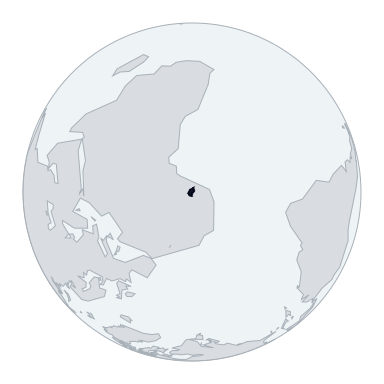 globe centered on Zanzan, rotated 215°
{"feature_id": "CIV-3449", "entity_name": "Zanzan", "entity_type": "Region", "adm_level": 1, "iso_a3": "CIV", "parent_name": "Ivory Coast", "parent_adm1": "", "projection": "orthographic", "projection_center": [-3.572, 8.502], "detail": "fine", "context": "on_globe", "style": "filled", "palette": "ink", "viewbox_px": 384, "rotation_deg": 215, "n_neighbors": 0, "source": "natural_earth", "source_scale": "10m", "svg_char_len": 9766}
<svg xmlns="http://www.w3.org/2000/svg" viewBox="0 0 384 384"><g transform="rotate(215 192 192)"><circle cx="192" cy="192" r="169" fill="#eef3f6" stroke="#a8b0b8"/><path d="M136.1,32.5L129.3,35.2L132.5,34.1L128.3,36.2L130.4,35.8L126.8,37.4L131.6,35.8L134.5,34.5L137.6,33.4L139.1,33.2L134.8,35.1L133.4,35.5L132.9,35.9L130.1,37.0L132.3,36.4L126.9,39.0L134.5,36.3L132.0,38.3L127.8,40.1L125.4,40.0L109.8,45.8L104.9,48.6L100.2,52.0L97.3,57.7L93.0,61.0L89.1,65.4L92.8,63.2L97.1,59.1L102.9,56.6L107.5,52.4L110.5,51.0L116.4,47.1L118.4,47.8L117.3,50.7L112.6,54.1L112.0,55.7L118.9,52.8L112.4,60.2L112.2,67.2L110.2,69.5L101.9,72.4L95.8,70.9L85.2,76.7L95.1,73.2L89.9,79.7L90.3,81.1L92.3,81.3L95.4,79.1L94.3,81.6L84.1,85.4L85.0,83.2L88.2,81.8L85.3,81.4L78.4,84.9L76.3,88.5L68.0,91.7L66.4,94.4L63.8,97.0L66.8,92.2L61.1,101.1L51.1,109.4L43.2,126.0L47.7,112.3L47.4,110.1L46.3,109.5L44.8,112.2L45.3,109.1L42.3,113.7L39.5,119.3L45.1,108.6L51.4,98.3L58.5,88.4L66.3,79.1L74.7,70.4L83.7,62.3L93.3,54.9L103.4,48.2L113.9,42.2L124.9,37.0L136.1,32.5ZM33.9,132.3L32.2,137.1L32.2,138.8L34.5,133.5L35.9,133.3L30.0,148.2L31.6,152.2L28.6,164.0L28.4,170.7L30.4,170.1L32.0,174.0L34.9,167.7L38.8,165.1L37.2,174.8L40.7,166.6L41.9,171.9L50.7,173.8L49.6,175.9L56.8,189.4L67.3,196.5L69.7,204.2L68.2,208.3L72.4,210.3L72.5,213.3L91.8,220.5L103.7,229.1L104.7,239.2L97.4,249.7L96.9,272.8L85.4,278.6L86.6,287.6L84.8,299.6L77.3,297.2L83.8,304.3L83.2,307.5L79.5,306.9L82.5,311.3L80.0,310.7L84.4,314.3L85.9,319.0L92.1,324.2L94.6,327.9L98.8,330.9L97.7,330.4L98.0,331.1L99.9,332.6L94.0,329.0L85.9,322.6L83.2,319.8L81.6,318.8L75.4,311.2L75.8,312.4L65.4,299.7L59.9,289.5L46.1,257.8L42.6,250.8L36.2,241.6L27.9,215.2L28.1,205.7L27.2,200.5L30.3,187.8L30.8,174.4L30.1,172.0L28.5,176.4L27.2,166.6L28.5,156.1L29.9,144.5L33.9,132.3ZM40.5,131.6L42.5,141.8L39.1,141.6L40.2,140.4L40.2,136.4L39.3,132.4L37.0,133.1L40.5,131.6ZM46.6,123.3L46.0,122.3L46.9,122.6L46.6,123.3ZM114.8,47.1L115.5,47.1L114.1,47.8L114.8,47.1ZM116.6,45.5L114.4,46.4L114.9,45.8L116.3,45.3L116.6,45.5ZM119.3,44.7L116.2,44.6L117.2,43.6L123.2,41.0L119.3,44.7ZM134.8,34.1L131.8,35.6L132.9,34.6L134.8,34.1ZM134.8,33.8L133.8,33.4L139.0,31.6L138.3,31.9L143.9,30.0L146.9,29.3L144.5,30.2L140.5,31.4L144.7,30.3L134.8,33.8ZM138.9,33.0L138.3,32.9L142.7,31.2L144.9,31.1L142.7,31.6L138.9,33.0ZM150.8,28.1L151.0,28.1L152.9,27.6L147.4,29.1L145.1,29.7L150.8,28.1ZM142.5,31.9L145.8,31.2L145.1,31.9L139.9,33.0L142.5,31.9ZM143.0,30.9L145.2,30.2L144.7,30.5L143.0,30.9ZM144.4,34.5L143.5,34.1L145.7,33.2L144.4,34.5ZM147.1,30.8L147.3,30.6L148.1,30.3L150.1,30.0L147.1,30.8ZM150.2,28.5L150.9,28.5L152.7,27.8L155.3,27.4L151.2,28.6L154.1,27.9L154.9,27.7L150.6,28.9L150.2,28.5ZM154.5,28.8L150.1,30.6L151.3,31.4L149.3,32.2L147.8,30.8L154.5,28.8ZM152.6,28.7L153.3,28.9L150.5,29.6L148.2,30.0L152.6,28.7ZM158.6,26.7L155.6,27.1L156.6,26.8L158.6,26.7ZM155.4,28.8L156.4,28.4L155.8,28.8L155.4,28.8ZM158.3,27.1L157.1,27.2L158.3,26.9L158.3,27.1ZM159.5,27.6L158.1,28.1L156.5,28.3L159.5,27.6ZM159.4,27.2L161.3,26.8L156.8,28.0L158.7,27.3L159.4,27.2ZM159.6,26.8L159.9,26.7L159.9,26.8L159.6,26.8ZM166.3,26.9L161.0,28.4L157.5,28.7L163.2,27.1L166.3,26.9ZM105.8,336.0L95.4,330.1L100.4,332.9L99.0,331.2L106.2,335.3L105.8,336.0ZM103.8,331.7L105.1,331.0L106.8,332.0L106.3,332.6L103.8,331.7ZM348.0,127.0L349.2,130.5L353.6,148.8L357.1,164.8L357.3,172.7L350.3,151.3L344.8,136.7L343.8,138.9L335.3,128.0L325.1,130.3L322.3,126.9L320.7,129.2L314.5,126.5L309.7,120.9L306.6,122.0L319.0,136.9L322.2,135.9L323.0,128.9L326.0,134.6L331.7,138.9L330.1,154.8L312.7,172.0L308.8,160.3L284.2,130.7L283.7,127.1L283.5,126.7L283.1,126.0L283.1,132.0L278.1,126.4L293.6,147.0L297.2,156.5L312.5,172.8L311.6,174.9L315.8,178.1L326.8,171.3L327.4,175.4L323.5,195.3L306.4,223.9L307.4,240.9L304.1,255.7L290.7,267.0L289.1,278.0L281.8,282.7L279.5,289.0L272.1,296.2L260.7,303.4L244.3,304.9L245.4,299.5L240.4,289.2L234.5,263.0L240.9,250.2L240.3,240.5L228.2,219.6L231.0,207.3L227.2,202.4L219.7,204.2L215.1,198.3L210.3,198.5L179.1,204.1L168.3,196.6L152.3,172.9L157.0,163.2L155.7,152.3L186.4,114.6L195.4,116.2L222.4,110.0L226.2,111.0L225.8,119.2L248.2,127.7L252.2,120.4L269.9,124.3L279.9,123.0L278.6,107.7L262.2,109.4L256.7,102.5L267.7,94.9L281.6,94.4L279.9,91.8L268.9,86.8L269.7,81.7L264.8,84.7L268.5,87.1L265.5,89.3L261.9,87.4L262.3,85.5L257.5,84.8L256.5,94.7L260.2,98.2L248.9,101.1L254.0,107.4L251.7,110.9L242.3,101.6L241.5,97.9L225.9,89.0L225.8,93.0L240.5,101.9L236.9,101.4L236.8,107.7L234.1,102.6L218.1,92.6L206.3,96.0L195.4,112.2L187.7,114.1L179.5,111.6L179.5,96.1L196.6,93.8L196.9,89.1L190.0,83.0L195.8,83.1L195.1,80.5L201.3,79.7L206.6,73.2L212.4,72.2L211.3,64.9L214.1,63.6L213.9,68.1L216.9,71.0L230.8,69.4L232.5,67.7L230.7,63.4L234.7,63.9L231.2,59.9L237.6,57.7L226.8,57.3L224.3,53.1L226.4,49.6L223.7,48.3L220.3,54.1L220.6,56.6L224.1,58.7L223.4,66.4L219.3,68.1L212.7,60.4L206.1,62.2L203.8,56.1L214.5,43.1L220.7,40.7L237.5,44.5L237.9,46.9L232.1,46.5L240.4,50.4L238.4,48.3L241.7,49.0L240.2,45.8L242.5,46.1L237.2,42.7L239.8,42.8L243.2,44.9L243.3,41.0L248.0,40.9L246.9,39.9L244.4,38.9L252.0,39.8L250.8,39.1L247.9,38.5L243.7,36.7L239.3,34.2L242.1,34.7L244.1,35.6L252.6,38.7L257.5,41.6L258.2,41.6L254.7,39.2L244.3,35.4L240.8,33.8L245.7,35.3L243.7,34.6L242.8,34.0L244.7,34.0L239.3,32.4L226.3,27.1L228.6,27.1L234.4,28.6L231.5,27.7L243.3,31.0L254.8,35.1L265.9,40.1L276.7,45.8L287.1,52.3L296.9,59.6L306.2,67.5L314.9,76.0L322.9,85.2L330.3,95.0L337.0,105.2L342.9,115.9L348.0,127.0ZM178.8,133.2L178.7,136.4L178.7,136.5L178.8,133.2ZM298.6,102.1L305.5,101.7L298.5,93.1L300.6,92.4L297.4,89.9L298.0,92.5L289.7,85.9L291.3,83.0L288.5,79.5L286.0,79.5L284.5,86.0L296.3,95.2L296.3,99.1L298.6,102.1ZM51.1,173.8L51.9,175.9L50.4,175.6L51.1,173.8ZM37.4,145.4L38.4,146.1L38.5,147.8L37.6,147.9L37.4,145.4ZM48.6,149.5L50.3,150.9L48.0,151.1L48.6,149.5ZM43.1,143.3L47.2,148.8L42.9,150.5L40.5,147.2L42.8,147.1L43.1,143.3ZM43.7,128.4L44.0,129.4L43.1,131.0L43.7,128.4ZM47.2,123.6L46.9,123.6L47.2,122.1L47.2,123.6ZM90.5,79.5L91.3,79.3L92.8,79.9L91.0,80.7L90.5,79.5ZM106.0,77.4L103.8,81.6L104.1,78.9L101.2,80.6L98.3,77.4L109.0,70.5L104.7,74.0L106.0,77.4ZM97.3,72.0L98.0,74.3L96.8,72.0L97.3,72.0ZM185.3,69.1L188.4,70.3L187.6,73.2L180.3,76.0L181.4,71.7L185.3,69.1ZM193.1,71.5L188.5,63.9L192.9,62.3L191.2,64.4L194.5,64.1L192.7,67.5L201.4,74.1L201.2,77.2L187.8,79.7L192.3,76.9L188.9,75.7L193.1,71.5ZM169.2,51.5L167.3,49.5L179.2,48.6L179.6,50.7L172.4,53.2L167.6,52.2L169.2,51.5ZM130.5,40.7L129.0,40.8L130.2,40.2L132.4,39.6L130.5,40.7ZM143.8,34.4L138.3,39.8L136.3,40.1L135.5,43.5L129.9,45.8L130.6,43.4L125.8,48.0L124.1,46.8L121.4,50.0L123.6,44.4L121.9,43.9L125.9,43.5L131.1,41.3L132.8,40.2L136.5,36.9L135.6,35.3L140.5,33.3L144.3,32.4L145.3,32.5L141.8,33.6L145.6,32.9L141.3,34.7L143.8,34.4ZM185.6,29.3L181.1,29.4L188.2,30.6L183.8,31.4L184.9,31.5L182.8,32.8L182.2,34.6L179.9,34.9L180.6,35.6L179.3,36.6L179.5,37.6L175.4,38.7L175.4,40.1L173.4,39.8L174.5,42.2L171.9,41.0L169.9,42.5L173.5,42.9L150.5,48.4L142.9,52.4L138.1,56.7L134.1,54.7L136.2,49.7L141.5,44.1L149.4,40.9L146.2,40.8L149.0,39.4L150.4,40.0L149.9,38.2L152.6,37.2L157.4,33.8L155.1,32.4L156.8,31.3L159.0,31.4L159.2,30.3L164.5,29.9L165.8,29.2L172.4,28.4L175.9,29.4L177.2,28.6L182.2,28.3L185.6,29.3ZM168.2,26.7L173.4,27.1L173.6,28.0L162.0,29.1L160.1,29.8L152.7,31.1L152.6,29.9L154.7,29.6L156.7,29.1L156.0,29.6L158.1,28.8L161.1,28.5L163.6,27.8L164.6,28.0L168.2,26.7ZM229.0,107.7L231.6,107.8L235.4,107.1L235.4,111.3L229.0,107.7ZM217.9,101.0L220.1,100.2L222.0,105.3L219.2,105.4L217.9,101.0ZM219.7,95.8L220.1,99.8L218.2,97.7L219.7,95.8ZM215.8,67.4L217.9,66.7L218.7,67.6L218.3,69.3L215.8,67.4ZM205.6,34.6L203.0,34.1L203.2,33.7L199.4,32.0L202.3,31.5L205.7,32.3L205.6,34.6ZM276.8,110.5L274.9,113.7L272.9,112.5L274.0,111.6L276.8,110.5ZM254.9,112.5L260.6,113.9L254.8,113.6L254.9,112.5ZM208.1,33.8L206.2,33.0L208.9,33.3L208.1,33.8ZM204.2,31.0L207.0,31.1L202.2,31.2L204.2,31.0ZM298.5,322.4L296.9,324.0L296.0,324.5L298.5,322.4ZM324.0,250.0L310.5,276.8L305.1,277.9L306.2,270.6L312.6,254.7L319.6,249.2L323.6,241.6L324.0,250.0ZM357.5,166.2L359.3,175.2L359.1,177.3L357.5,166.2ZM230.2,31.6L232.4,34.3L235.9,36.6L240.8,38.3L234.7,37.5L229.4,33.8L230.2,31.6ZM226.4,27.4L222.1,26.5L223.3,26.5L224.4,26.7L226.4,27.4ZM224.3,27.1L220.2,26.9L217.3,26.2L221.1,26.5L224.3,27.1ZM214.4,29.4L214.8,30.1L212.7,29.9L214.4,29.4Z" fill="#d9dde1" stroke="#a8b0b8" stroke-width="1"/><path d="M194.6,189.1L194.6,189.3L194.6,189.5L194.7,189.8L194.4,190.0L194.4,190.3L194.5,190.4L194.7,190.5L194.8,190.7L194.8,190.8L194.8,191.0L195.0,192.0L195.1,192.9L195.0,193.0L194.9,193.0L194.8,193.3L194.7,193.4L194.5,193.5L194.4,193.6L194.3,193.9L194.2,193.9L194.2,194.0L193.9,194.6L193.7,195.6L193.8,195.8L193.7,195.9L193.6,196.0L193.4,196.3L193.4,196.2L193.2,195.9L192.8,195.7L192.7,195.7L192.6,195.8L192.5,195.7L192.4,195.5L192.4,195.4L192.2,195.4L192.2,195.2L192.0,194.9L191.9,194.9L192.0,194.8L192.0,194.7L191.9,194.7L191.7,194.6L191.5,194.4L191.4,194.3L191.4,194.2L191.2,194.2L191.1,193.9L190.9,193.8L190.8,193.7L191.0,193.6L190.9,193.5L190.7,193.6L190.7,193.4L190.8,193.2L190.7,192.9L190.7,192.7L190.8,192.6L190.8,192.4L190.8,192.2L190.8,191.9L191.0,191.8L191.0,191.7L190.9,191.6L191.0,191.5L191.0,191.4L191.3,191.2L191.2,191.0L191.3,191.0L191.2,190.9L191.1,190.7L191.3,190.6L191.2,190.4L191.1,190.2L191.2,190.3L191.2,190.2L190.9,190.0L190.9,189.9L190.6,189.9L190.5,189.7L190.5,189.8L190.4,189.8L190.2,189.8L190.2,189.7L190.2,189.4L190.2,189.2L190.0,188.9L189.9,188.7L190.0,188.4L189.9,188.4L190.0,188.3L190.3,188.2L190.5,188.2L190.8,188.1L191.0,187.9L191.3,187.9L191.5,187.8L191.7,187.7L191.8,187.7L191.8,187.8L192.1,187.8L192.5,187.8L192.8,187.9L192.8,188.0L193.0,187.9L193.1,188.0L193.3,188.1L193.4,188.3L193.5,188.4L193.7,188.5L193.8,188.6L193.9,188.9L194.2,189.3L194.3,189.4L194.5,189.2L194.6,189.1Z" fill="#0f172a" stroke="#020617" stroke-width="1.5"/></g></svg>